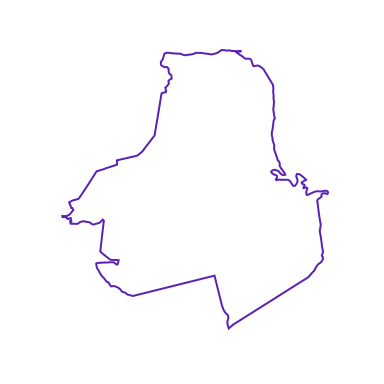 the district of Santa María Xadani, Oaxaca, Mexico, rotated 256°
{"feature_id": "50627088B75217483521688", "entity_name": "Santa María Xadani", "entity_type": "district", "adm_level": 2, "iso_a3": "MEX", "parent_name": "Mexico", "parent_adm1": "Oaxaca", "projection": "natural_earth1", "projection_center": [-95.02, 16.369], "detail": "fine", "context": "isolated", "style": "outline", "palette": "violet", "viewbox_px": 384, "rotation_deg": 256, "n_neighbors": 0, "source": "geoboundaries", "source_scale": "gbopen_adm2", "svg_char_len": 5482}
<svg xmlns="http://www.w3.org/2000/svg" viewBox="0 0 384 384"><g transform="rotate(256 192 192)"><path d="M83.8,287.9L86.4,291.9L87.7,292.9L88.7,293.9L90.3,295.5L91.3,296.8L92.6,300.2L93.7,301.4L94.9,302.6L97.1,303.2L98.1,302.7L99.3,302.7L101.8,304.6L104.0,304.8L107.0,304.9L110.1,305.3L113.3,305.7L116.1,306.0L118.9,306.2L121.3,306.3L123.8,306.7L124.2,306.9L126.6,308.0L129.4,309.1L132.4,309.2L137.6,309.6L153.7,311.5L154.7,313.0L155.2,314.3L155.6,315.5L156.2,316.6L157.3,316.7L158.4,317.2L158.7,318.4L158.9,319.6L158.6,320.9L157.9,321.7L157.3,323.0L158.4,323.8L159.5,323.8L160.5,323.0L161.0,321.7L161.2,320.3L161.1,318.9L161.3,317.5L161.6,316.2L162.1,314.9L162.4,313.6L162.6,313.1L162.5,310.6L162.0,307.8L161.6,305.5L161.2,304.4L161.4,302.7L163.2,302.5L164.3,302.9L165.4,303.4L167.7,304.8L168.8,304.1L168.8,302.9L168.8,301.2L169.9,301.6L170.8,302.6L171.7,302.9L172.5,302.0L173.7,300.6L174.8,300.8L175.2,302.0L176.2,305.7L177.7,304.8L179.4,303.7L181.0,302.4L182.8,301.0L183.7,299.8L184.0,298.0L182.3,297.0L180.7,297.0L179.0,297.3L177.4,297.1L176.0,296.6L174.9,295.7L173.2,293.6L173.2,292.3L173.9,291.4L175.1,291.1L176.6,290.5L178.5,289.9L180.0,288.9L180.5,288.0L181.2,286.2L181.5,284.8L181.8,283.4L182.4,280.9L183.0,279.5L183.1,278.0L183.0,276.8L184.0,276.4L185.1,277.7L185.9,278.2L187.4,278.2L188.2,277.2L189.7,275.2L191.2,274.0L192.7,273.8L193.5,275.3L193.6,277.6L192.4,279.5L191.2,281.1L189.4,281.9L187.8,282.9L187.0,283.5L186.4,284.7L186.2,286.6L187.7,286.6L189.0,286.0L191.3,285.1L193.5,284.1L196.5,283.4L198.7,284.1L200.6,283.8L201.7,282.9L203.8,282.9L205.8,282.7L210.2,282.3L212.7,282.0L215.1,282.3L217.1,283.1L220.1,283.0L222.7,282.7L224.4,283.1L228.1,283.2L231.2,284.2L234.0,285.6L236.1,286.4L238.6,287.4L241.0,288.2L242.2,289.1L243.5,290.2L243.9,290.1L252.4,290.8L254.6,291.7L255.3,291.9L256.7,292.4L258.3,293.0L260.8,293.5L264.0,293.9L265.4,294.5L267.4,294.7L268.7,294.9L271.4,295.5L272.6,296.0L276.3,296.5L293.8,291.1L295.4,290.0L297.7,288.0L298.6,286.9L298.9,286.1L299.0,284.4L299.0,282.7L299.5,281.9L301.9,281.6L303.7,281.5L305.8,281.4L306.6,281.0L307.5,279.8L307.8,278.4L308.5,275.9L310.8,274.1L312.0,273.3L313.0,272.0L314.7,270.8L316.5,269.1L316.9,270.2L317.0,271.2L316.6,273.3L317.0,273.4L317.2,273.0L317.5,271.8L317.7,270.0L318.2,268.4L318.7,266.7L319.2,264.7L320.5,262.4L320.7,260.0L321.6,258.2L322.2,256.5L322.6,255.1L321.9,253.2L321.2,251.3L320.8,249.6L320.7,247.5L320.7,244.4L322.1,241.1L323.5,237.4L324.9,234.1L325.5,231.5L326.1,229.4L325.6,227.0L325.7,224.4L326.1,221.6L326.1,219.3L327.3,216.4L328.5,214.9L329.4,213.1L329.7,211.3L330.3,210.1L330.6,209.0L330.8,207.6L331.6,206.2L331.9,205.0L332.4,204.0L332.8,202.5L333.3,200.9L332.9,198.8L331.7,198.0L329.5,196.7L328.1,195.9L327.5,195.4L327.1,194.9L325.9,193.4L324.8,193.0L323.2,192.8L322.5,192.8L321.6,193.4L320.8,194.5L319.7,195.5L319.6,197.0L319.0,198.3L317.9,198.6L316.9,199.1L315.7,198.7L314.6,198.5L312.4,198.6L311.8,199.0L311.0,199.9L309.1,200.1L306.9,199.6L306.7,198.2L306.1,196.9L305.2,195.9L304.4,195.9L302.8,195.8L302.0,194.9L300.9,193.5L300.1,192.2L299.7,191.3L298.5,191.4L297.3,191.2L296.1,191.4L295.1,190.6L295.3,189.3L295.3,188.2L295.1,186.4L293.9,185.8L288.8,183.6L275.5,177.9L260.7,171.4L255.8,169.3L253.1,165.8L243.9,154.2L243.6,154.0L243.1,153.1L242.5,152.1L242.0,150.8L241.1,149.0L240.5,147.6L240.9,126.9L236.7,125.9L235.8,113.8L235.5,111.9L235.4,109.5L235.3,107.9L235.1,105.1L235.2,104.6L234.8,104.1L228.5,97.4L224.6,93.3L220.9,89.3L215.0,82.9L212.8,80.1L212.7,76.6L212.7,74.5L212.7,74.0L212.4,73.0L212.0,71.5L211.7,70.3L208.4,70.7L208.2,70.7L207.9,70.8L207.2,70.9L206.0,71.0L205.4,71.1L205.4,71.6L205.4,72.0L203.2,72.5L201.6,70.3L200.3,68.6L199.5,67.1L199.3,66.1L199.1,64.9L199.1,63.8L199.8,61.3L200.0,60.2L199.6,60.2L199.4,60.3L198.9,60.5L198.7,61.4L198.5,62.2L198.4,63.0L198.3,64.0L197.0,64.1L197.0,64.3L196.9,64.5L196.7,64.7L196.6,64.8L195.8,65.1L195.7,65.2L195.7,65.4L195.8,65.6L195.9,66.0L196.0,66.5L196.1,66.9L196.1,67.3L196.1,67.7L195.7,67.6L195.6,68.0L193.8,67.9L192.7,67.8L193.0,66.7L191.8,66.6L191.3,66.5L191.1,66.5L190.7,66.5L190.5,67.1L190.1,68.1L189.8,69.6L189.3,71.3L189.0,72.6L188.9,73.6L188.9,73.8L189.1,74.2L189.1,74.4L189.3,74.7L189.5,75.1L189.8,75.6L189.9,76.2L189.9,76.9L189.9,77.7L190.0,78.3L189.9,79.0L189.9,79.7L189.8,80.2L189.1,81.2L188.4,82.8L187.9,84.0L187.5,84.9L187.2,85.5L186.9,85.9L186.6,86.1L186.1,86.4L185.5,86.7L185.1,87.1L184.6,87.8L184.3,88.5L184.3,88.8L184.3,90.1L184.4,91.8L184.4,94.3L184.9,95.7L185.9,97.3L186.8,98.7L185.4,99.5L178.1,96.7L164.5,91.6L156.4,88.6L155.1,89.4L153.4,90.7L151.8,91.9L150.5,92.9L149.6,93.6L148.7,94.3L147.7,95.0L146.4,96.0L145.7,97.2L145.2,98.9L144.8,100.4L144.2,102.4L143.9,103.4L143.6,104.3L140.5,102.9L139.7,102.1L140.1,100.9L141.7,100.0L142.6,99.1L143.1,97.6L143.8,95.0L143.9,93.8L144.4,91.2L144.8,89.9L145.1,88.1L146.0,83.2L145.8,81.8L144.7,81.6L143.4,81.5L141.5,81.4L139.8,81.9L138.0,82.6L137.1,82.7L136.1,82.9L134.1,83.6L132.9,83.9L131.5,84.6L130.1,85.5L128.0,86.5L126.9,86.9L125.6,87.5L124.9,88.4L124.2,89.2L122.7,89.6L121.5,89.9L120.0,90.7L119.7,93.5L118.6,95.1L117.4,96.8L116.2,97.9L114.6,99.0L112.3,99.9L111.3,101.6L110.0,103.2L108.1,104.6L107.4,106.0L106.1,108.2L105.4,109.6L105.4,193.6L97.7,193.6L93.5,193.6L92.2,193.6L85.0,193.6L76.6,193.6L74.6,193.6L70.0,194.1L67.8,194.8L65.9,195.6L64.5,196.7L62.9,197.0L60.8,196.8L59.0,195.7L57.4,194.9L56.5,194.6L54.7,194.6L53.6,194.4L52.1,194.6L50.7,194.7L53.3,199.7L75.5,266.9L78.2,275.1L81.2,284.3L83.8,287.9Z" fill="none" stroke="#5b21b6" stroke-width="2"/></g></svg>